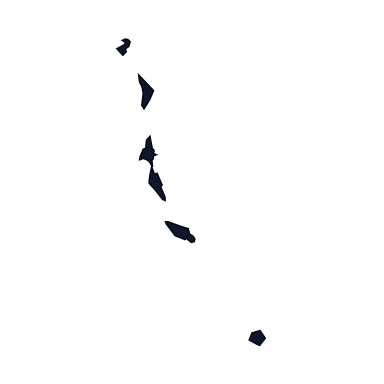 the district of Wadi Al-NatrUn, Al Buhayrah, Egypt, rotated 213°
{"feature_id": "37247803B8184364272320", "entity_name": "Wadi Al-NatrUn", "entity_type": "district", "adm_level": 2, "iso_a3": "EGY", "parent_name": "Egypt", "parent_adm1": "Al Buhayrah", "projection": "mercator", "projection_center": [30.373, 30.389], "detail": "fine", "context": "isolated", "style": "filled", "palette": "ink", "viewbox_px": 384, "rotation_deg": 213, "n_neighbors": 0, "source": "geoboundaries", "source_scale": "gbopen_adm2", "svg_char_len": 1090}
<svg xmlns="http://www.w3.org/2000/svg" viewBox="0 0 384 384"><g transform="rotate(213 192 192)"><path d="M182.4,146.2L171.9,148.3L171.9,150.0L165.2,149.3L163.1,151.6L164.0,154.2L167.4,155.6L171.2,155.4L175.2,159.2L183.7,156.8L195.9,154.0L198.0,152.5L195.9,151.1L182.4,146.2ZM236.4,183.0L233.1,176.3L231.7,175.7L224.3,173.8L212.6,169.8L209.9,170.2L211.8,173.0L221.2,179.4L220.8,181.5L231.5,188.7L233.0,186.3L239.6,191.2L236.4,183.0ZM295.8,255.6L291.0,252.9L286.7,248.3L281.3,237.3L277.5,235.6L277.8,246.8L279.5,256.1L300.4,261.1L295.8,255.6ZM254.8,193.6L253.5,190.5L250.9,193.8L248.6,194.1L246.9,194.5L244.5,194.3L238.7,191.6L242.9,196.7L242.5,198.8L244.0,201.1L242.2,203.8L245.5,203.4L246.2,205.9L247.4,206.6L249.2,207.0L257.6,215.8L258.4,210.8L254.7,203.5L256.2,201.3L254.8,193.6ZM64.9,106.5L63.5,99.0L53.2,99.8L51.6,100.4L51.6,102.2L50.9,109.3L59.5,112.8L64.9,106.5ZM329.0,278.5L333.1,271.3L324.5,269.0L323.5,273.7L325.8,275.8L324.3,279.6L325.7,284.3L327.5,284.7L329.0,285.0L331.5,283.7L333.0,281.2L329.4,281.3L329.0,278.5Z" fill="#0f172a" stroke="#020617" stroke-width="1.5"/></g></svg>